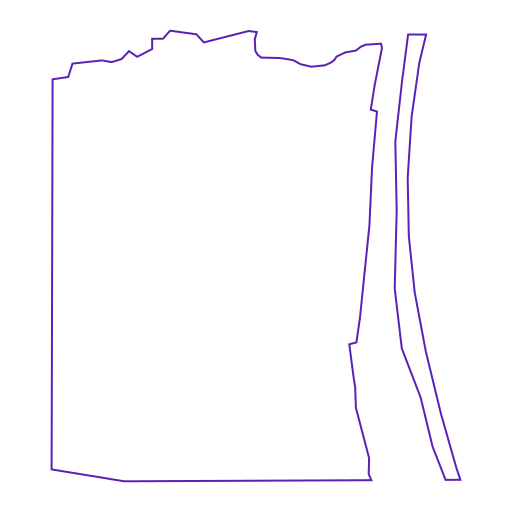 the district of Kenedy, Texas, United States of America
{"feature_id": "52423323B29588841600752", "entity_name": "Kenedy", "entity_type": "district", "adm_level": 2, "iso_a3": "USA", "parent_name": "United States of America", "parent_adm1": "Texas", "projection": "orthographic", "projection_center": [-97.553, 26.941], "detail": "fine", "context": "isolated", "style": "outline", "palette": "violet", "viewbox_px": 512, "rotation_deg": 0, "n_neighbors": 0, "source": "geoboundaries", "source_scale": "gbopen_adm2", "svg_char_len": 982}
<svg xmlns="http://www.w3.org/2000/svg" viewBox="0 0 512 512"><path d="M371.3,480.2L368.7,474.0L369.1,458.1L355.9,407.8L355.2,387.6L353.4,375.9L349.3,344.3L356.4,342.4L360.0,317.6L364.2,276.1L369.4,225.7L372.1,167.0L377.0,111.5L370.8,109.6L374.8,84.4L382.0,47.9L381.0,43.7L365.6,44.7L360.9,46.7L355.8,50.6L345.3,52.4L336.5,56.6L334.7,59.6L330.9,62.6L324.9,65.3L311.5,66.7L300.8,64.3L293.4,60.3L288.3,59.3L279.7,58.0L261.3,57.6L257.7,54.9L255.3,50.9L254.8,39.2L256.8,32.1L248.7,31.0L203.8,42.4L196.4,34.3L170.1,30.7L163.0,38.7L152.1,38.8L152.2,49.0L137.2,56.8L129.0,51.2L121.5,59.1L111.7,62.1L101.9,60.4L72.5,63.6L68.2,77.0L52.6,79.3L51.9,360.9L51.6,469.4L68.0,472.1L124.2,481.3L371.3,480.2ZM460.4,479.8L456.5,468.3L440.8,413.2L425.8,351.4L414.7,292.4L408.8,235.9L407.7,177.8L411.6,116.7L419.3,62.9L426.1,34.5L408.1,34.5L402.0,81.6L395.3,141.6L396.7,210.5L394.7,288.4L401.8,348.4L420.7,397.7L432.6,446.7L445.6,479.9L460.4,479.8Z" fill="none" stroke="#5b21b6" stroke-width="2"/></svg>